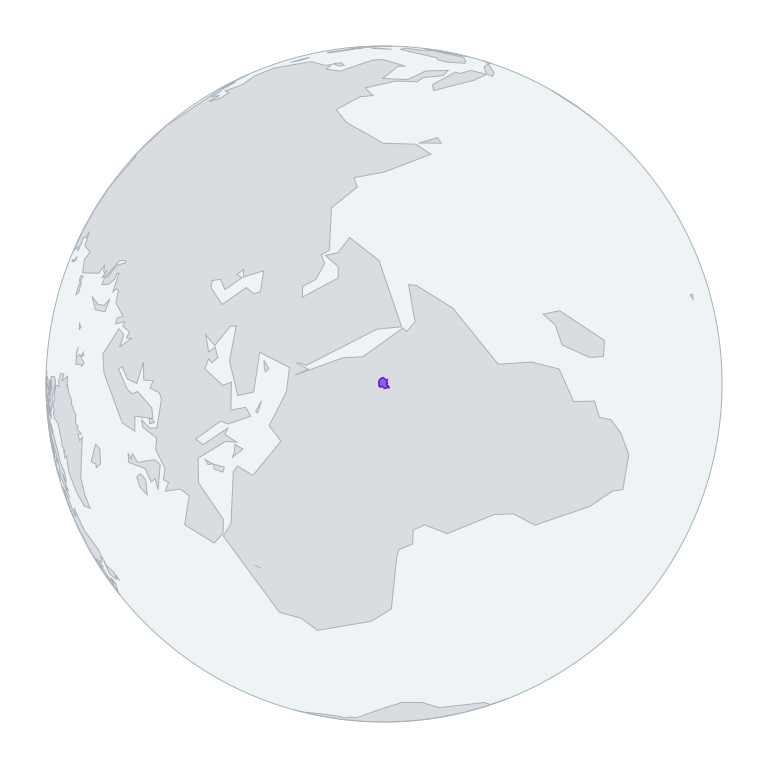 globe centered on Gezira, rotated 278°
{"feature_id": "SDN-875", "entity_name": "Gezira", "entity_type": "State", "adm_level": 1, "iso_a3": "SDN", "parent_name": "Sudan", "parent_adm1": "", "projection": "orthographic", "projection_center": [33.161, 14.479], "detail": "fine", "context": "on_globe", "style": "filled", "palette": "violet", "viewbox_px": 768, "rotation_deg": 278, "n_neighbors": 0, "source": "natural_earth", "source_scale": "10m", "svg_char_len": 10189}
<svg xmlns="http://www.w3.org/2000/svg" viewBox="0 0 768 768"><g transform="rotate(278 384 384)"><circle cx="384" cy="384" r="338" fill="#eef3f6" stroke="#a8b0b8"/><path d="M290.7,59.2L289.1,59.7L290.7,59.2ZM284.1,61.2L288.1,60.1L295.4,58.0L300.0,56.9L299.6,57.3L289.8,59.9L288.6,60.1L285.5,61.1L280.9,62.4L282.9,62.0L271.2,65.8L282.0,62.8L272.0,66.5L264.4,68.9L266.3,67.6L261.1,69.2L284.1,61.2ZM205.6,97.0L208.6,95.3L221.4,88.0L225.0,86.2L237.7,80.0L234.5,82.5L224.5,88.6L213.8,94.3L209.2,97.5L218.3,94.1L197.4,107.6L181.9,122.7L176.7,126.7L168.2,129.5L170.8,123.5L159.9,131.2L165.6,128.3L152.3,139.9L149.6,143.2L149.6,144.3L154.0,141.0L149.2,145.9L141.8,149.5L146.0,145.0L148.4,143.6L149.5,141.4L144.4,145.8L138.0,152.3L158.9,132.0L181.5,113.5L205.6,97.0ZM48.9,340.5L47.9,349.5L48.6,368.1L48.7,384.2L48.0,391.8L49.6,397.4L49.7,403.2L61.0,424.9L71.2,446.1L73.9,466.0L71.2,483.6L82.5,527.7L81.4,533.9L89.7,550.1L78.6,528.7L69.1,506.5L61.1,483.7L54.8,460.4L50.2,436.7L47.3,412.8L46.1,388.6L46.6,364.5L48.9,340.5ZM238.6,79.2L238.1,79.6L236.0,80.5L238.6,79.2ZM244.6,76.4L242.4,77.2L244.9,76.1L246.2,75.6L244.6,76.4ZM246.6,75.8L249.7,74.0L254.1,72.0L262.6,68.9L246.6,75.8ZM297.9,57.3L290.1,59.4L297.0,57.5L297.9,57.3ZM333.2,49.9L324.5,51.4L318.0,52.6L333.2,49.9ZM317.7,52.6L322.2,51.9L301.2,56.4L302.1,56.1L317.7,52.6ZM302.4,56.4L304.3,55.7L314.3,53.6L312.2,54.5L309.6,54.8L302.4,56.4ZM344.2,48.4L334.0,49.8L334.4,49.7L344.2,48.4ZM307.2,55.5L310.9,55.2L305.8,56.7L301.2,56.9L307.2,55.5ZM317.7,52.7L322.3,51.9L319.1,52.6L317.7,52.7ZM289.9,63.1L292.0,61.7L297.3,60.3L289.9,63.1ZM312.6,55.0L314.3,54.5L316.7,54.0L318.0,54.1L312.6,55.0ZM335.5,49.7L334.3,50.0L342.0,48.8L342.8,49.0L332.1,50.5L337.0,50.0L337.3,50.1L328.3,51.3L335.5,49.7ZM326.4,52.9L313.1,55.8L308.0,58.4L303.1,59.5L312.1,55.3L326.4,52.9ZM328.3,51.8L326.0,52.7L321.1,53.3L319.6,53.1L328.3,51.8ZM347.2,48.8L348.8,48.1L351.0,47.8L347.2,48.8ZM325.9,53.5L329.1,52.8L326.1,53.5L325.9,53.5ZM341.7,49.9L342.0,49.6L344.6,49.3L341.7,49.9ZM335.4,52.1L331.1,52.9L329.9,52.6L335.4,52.1ZM339.1,51.0L342.6,50.7L332.1,52.0L338.8,50.8L339.1,51.0ZM344.1,49.7L345.7,49.5L343.6,50.0L344.1,49.7ZM342.2,53.1L329.3,54.9L326.8,54.1L339.7,52.4L342.2,53.1ZM539.6,84.1L548.3,89.3L574.9,106.8L573.3,104.4L580.6,109.2L609.4,132.3L643.0,169.8L653.0,180.7L659.0,188.8L662.4,195.2L653.7,183.2L649.8,180.3L644.4,173.2L646.8,181.0L639.1,171.3L644.8,183.0L651.5,190.0L652.2,186.0L660.4,201.6L671.5,213.7L681.6,231.2L693.1,267.2L691.3,281.5L693.1,287.7L687.7,282.8L687.7,297.0L703.2,327.7L705.2,337.8L701.8,360.9L700.4,353.5L686.4,340.3L688.8,365.3L699.7,381.5L703.6,404.0L697.5,399.5L692.9,380.1L687.9,374.8L685.6,353.3L674.6,324.2L668.1,332.9L665.2,320.4L649.0,298.4L637.8,310.5L622.3,349.6L625.9,382.2L618.1,398.5L594.4,355.7L584.1,325.6L575.4,330.2L551.2,307.4L508.9,311.3L503.1,303.8L495.1,308.4L478.1,302.0L469.2,289.6L458.8,291.3L482.6,323.9L493.8,322.4L503.2,308.1L507.8,320.2L524.2,329.7L505.5,361.9L443.1,393.5L437.3,369.4L391.7,304.6L393.2,297.2L393.0,296.4L392.5,294.9L388.0,307.0L380.2,294.4L404.2,339.6L408.1,359.4L442.2,395.0L438.9,399.0L450.0,406.1L485.9,394.5L486.0,402.6L468.8,441.5L419.4,494.4L426.3,527.4L423.2,555.3L393.0,574.2L396.4,594.8L380.9,602.1L380.4,613.5L368.3,625.4L348.0,636.2L312.6,635.2L309.8,625.2L291.3,604.6L265.2,553.2L273.5,530.1L270.1,511.3L244.6,467.3L250.2,443.9L243.5,433.3L229.6,434.6L222.0,421.8L213.7,420.7L162.3,422.6L147.3,404.4L130.8,352.5L140.5,334.7L143.3,312.3L211.1,246.0L224.3,251.9L276.2,247.0L282.5,250.2L275.1,266.8L313.0,289.9L326.8,276.1L362.5,288.4L387.1,288.1L398.2,256.4L357.9,256.1L352.2,240.8L385.5,227.8L420.9,229.6L419.8,223.8L398.6,211.0L407.8,200.7L391.3,205.9L397.2,211.7L387.0,215.6L381.1,210.7L384.6,206.9L374.2,204.4L360.2,224.6L364.7,232.6L336.8,236.0L341.6,250.2L333.6,256.6L322.7,235.2L324.6,227.6L303.3,205.1L298.7,213.2L318.6,235.4L311.9,233.5L305.9,246.3L305.1,235.1L284.7,210.3L260.4,214.0L227.4,243.9L213.6,245.4L202.9,237.9L216.9,206.2L246.2,206.7L251.6,197.0L247.4,182.4L256.6,184.3L258.5,178.8L269.8,178.9L287.3,167.0L299.0,166.4L307.6,151.0L314.7,149.0L307.6,158.4L308.9,165.2L338.1,165.7L344.2,162.6L347.5,152.9L355.1,154.9L354.5,145.6L372.1,142.7L350.1,139.1L353.3,129.3L364.8,122.4L361.9,119.0L343.1,130.4L339.2,135.8L342.2,141.2L328.0,157.4L317.6,159.9L317.5,141.7L302.7,143.8L309.0,130.2L355.8,105.2L374.5,101.4L401.8,113.9L396.5,119.3L384.1,117.2L394.0,127.5L393.9,122.6L400.3,124.8L404.9,117.3L409.7,118.6L406.1,109.8L412.4,110.6L414.5,116.2L426.8,107.4L440.3,108.0L440.8,105.5L437.5,102.7L456.9,106.2L456.5,104.3L449.9,102.3L444.7,97.5L443.0,90.8L449.8,92.3L451.3,94.9L464.8,103.4L467.8,111.1L470.4,111.1L469.4,105.0L453.0,94.4L450.1,90.1L458.7,94.3L455.4,92.4L456.0,90.7L463.1,90.9L454.0,86.2L452.2,70.1L465.6,70.0L473.5,74.7L479.4,68.6L494.1,71.1L488.0,69.0L486.8,66.0L482.1,65.1L479.1,64.0L473.8,58.7L477.8,59.5L472.9,58.0L495.7,65.1L518.0,73.8L539.6,84.1ZM186.6,281.3L184.4,287.8L186.6,281.3ZM458.0,248.8L479.4,249.1L470.4,230.0L477.9,228.9L472.0,223.2L469.6,228.7L455.4,213.3L464.9,207.5L462.6,199.6L455.3,199.3L440.2,212.7L460.4,234.2L455.2,242.3L458.0,248.8ZM152.8,139.7L153.3,139.6L152.1,141.6L150.4,142.6L152.8,139.7ZM160.5,141.9L152.6,149.9L157.0,144.4L153.1,146.6L157.7,138.7L174.3,128.4L165.9,134.1L160.5,141.9ZM168.4,126.6L163.6,131.9L168.2,126.5L168.4,126.6ZM257.9,152.2L261.1,155.6L255.9,161.4L241.2,164.9L248.5,156.2L257.9,152.2ZM266.9,159.5L270.9,142.1L280.2,140.1L274.3,144.0L280.1,144.4L272.1,150.9L277.2,167.2L272.9,173.6L247.9,174.9L258.4,170.5L254.7,167.0L266.9,159.5ZM264.5,109.9L266.3,104.8L284.2,106.8L280.4,111.5L265.5,114.5L261.1,110.8L264.5,109.9ZM261.0,71.6L260.5,71.3L263.2,70.3L265.8,69.8L261.0,71.6ZM290.4,62.6L265.8,72.9L264.0,72.8L251.7,80.2L242.3,83.1L250.6,77.9L234.1,86.3L237.8,82.8L227.1,88.9L246.5,77.1L249.2,75.1L249.8,76.0L258.4,73.3L263.0,71.5L277.8,65.4L287.8,60.8L297.9,58.2L302.4,57.7L301.6,58.4L295.2,59.6L298.6,59.7L288.9,62.2L290.4,62.6ZM349.4,65.7L342.4,64.7L347.6,69.6L337.8,70.2L339.0,70.8L331.4,73.0L324.3,77.0L320.1,76.9L319.2,78.6L314.1,80.5L311.4,82.9L302.8,83.9L298.8,87.2L297.1,85.9L292.4,91.3L292.0,87.8L285.5,90.6L289.3,92.6L249.8,96.6L233.5,102.7L220.2,110.2L221.3,104.4L234.5,94.3L253.2,84.0L268.7,79.7L266.3,78.4L273.1,76.2L272.1,78.1L277.7,73.9L282.9,72.7L299.5,66.6L304.3,62.3L310.5,60.4L311.3,61.5L316.9,59.0L322.6,60.0L327.1,58.9L337.3,59.3L336.1,62.9L341.3,61.4L349.3,62.3L349.4,65.7ZM344.9,53.3L345.7,56.3L340.8,58.6L325.2,57.1L320.3,58.0L310.1,58.2L317.4,55.2L319.7,55.3L323.6,54.8L319.7,55.9L325.7,54.7L329.0,55.1L334.5,54.4L333.3,55.4L344.9,53.3ZM290.5,244.2L295.5,245.2L303.6,244.8L299.9,253.3L290.5,244.2ZM276.1,227.4L280.8,226.5L279.6,237.4L274.4,236.8L276.1,227.4ZM284.4,217.4L281.1,225.7L279.8,220.8L284.4,217.4ZM312.0,157.4L317.1,156.4L317.2,158.7L314.0,162.1L312.0,157.4ZM362.7,84.0L359.5,82.1L361.2,81.3L360.6,76.1L367.7,75.8L371.0,78.7L362.7,84.0ZM390.8,261.8L383.1,267.9L379.6,265.0L383.0,263.4L390.8,261.8ZM338.9,260.7L350.3,265.0L337.8,263.0L338.9,260.7ZM370.4,82.7L369.3,80.5L373.6,81.7L370.4,82.7ZM373.0,75.3L378.1,76.2L368.5,75.1L373.0,75.3ZM514.6,674.8L515.9,677.1L511.0,678.2L514.6,674.8ZM481.0,547.8L457.8,596.3L441.8,597.4L438.9,584.0L447.5,554.9L466.1,545.6L475.3,531.7L481.0,547.8ZM716.3,445.6L716.3,444.4L716.5,444.1L716.3,445.6ZM716.4,441.0L717.2,439.4L715.6,444.7L716.4,441.0ZM717.7,437.1L717.4,438.8L717.8,436.5L717.7,437.1ZM715.5,442.5L707.6,449.7L703.5,448.7L705.3,442.3L711.9,438.9L715.5,442.5ZM704.9,442.4L697.5,431.3L681.4,392.1L687.3,390.5L702.9,411.4L702.1,416.6L706.6,426.2L704.9,442.4ZM719.6,402.2L718.6,417.2L715.0,420.1L712.9,419.6L711.6,402.4L712.4,392.3L714.4,391.0L717.6,353.3L719.6,359.0L719.6,374.1L721.0,385.0L719.6,402.2ZM627.5,385.0L635.4,402.7L630.5,407.1L627.5,385.0ZM715.6,329.1L716.5,345.1L714.6,324.8L715.6,329.1ZM712.5,310.9L714.1,317.6L712.2,311.9L712.5,310.9ZM696.1,297.0L694.2,300.2L692.6,295.5L694.0,288.7L696.1,297.0ZM689.4,246.4L695.3,260.0L697.1,264.9L693.3,257.4L689.4,246.4ZM430.1,82.7L423.1,89.7L422.8,95.9L430.0,100.6L416.8,97.6L417.3,87.9L430.1,82.7ZM448.7,71.2L442.3,68.1L447.0,68.2L449.1,68.9L448.7,71.2ZM443.5,70.2L432.1,69.0L429.7,66.5L439.2,67.9L443.5,70.2ZM401.2,74.1L398.6,76.0L395.2,74.7L401.2,74.1ZM674.6,556.5L683.0,541.0L683.3,540.7L692.0,521.9L697.8,509.5L687.1,533.4L674.6,556.5ZM721.9,389.5L721.6,397.3L721.3,403.9L720.8,411.3L721.3,402.2L720.0,419.5L719.7,420.2L720.5,406.5L721.3,388.0L721.6,379.9L721.8,375.6L721.9,377.9L721.5,387.0L721.6,395.3L721.9,388.5L721.9,389.5ZM719.7,345.5L718.8,338.8L719.2,344.9L716.8,325.3L717.1,327.3L719.7,345.5ZM716.5,324.4L717.0,329.9L715.4,318.9L716.5,324.4ZM716.3,326.4L714.6,318.4L715.0,318.4L716.3,326.4ZM716.5,324.0L713.6,310.0L715.3,317.5L716.5,324.0ZM710.1,301.0L713.8,311.7L711.8,309.3L704.2,283.6L704.5,281.6L710.1,301.0ZM662.0,191.8L659.9,188.9L659.6,188.4L662.0,191.8ZM658.8,187.3L661.9,192.0L663.6,194.2L671.1,205.9L664.8,196.7L655.6,183.0L654.5,181.4L658.8,187.3ZM585.5,112.7L575.5,105.6L569.6,101.7L575.0,105.2L585.5,112.7ZM476.6,63.5L472.9,62.1L475.5,62.2L476.6,63.5ZM463.9,58.5L463.6,59.3L461.1,57.8L463.9,58.5ZM463.5,61.5L462.2,59.3L467.5,62.4L463.5,61.5Z" fill="#d9dde1" stroke="#a8b0b8" stroke-width="1"/><path d="M383.7,379.1L383.8,379.0L383.9,378.9L384.1,378.7L384.3,378.6L384.6,378.6L384.8,378.6L386.2,378.4L386.7,378.9L386.9,379.1L388.0,379.4L388.9,379.9L388.9,380.0L389.3,380.8L390.2,382.0L390.2,382.3L388.4,385.6L388.3,385.9L388.3,386.0L388.5,386.3L388.7,386.7L388.3,386.6L388.1,386.5L387.6,386.6L387.4,386.5L387.0,386.3L386.9,386.2L386.7,386.3L386.4,386.4L386.0,386.7L385.5,387.2L385.4,387.3L385.2,387.3L385.1,387.2L384.6,386.7L384.4,386.5L384.2,386.5L383.9,386.6L383.7,386.7L383.5,386.9L383.4,387.1L383.3,387.3L383.0,388.2L382.9,388.3L382.7,388.3L382.4,388.0L382.2,388.1L382.1,388.3L381.9,388.9L381.4,389.5L381.1,389.6L381.0,389.3L381.0,388.3L381.0,388.1L381.0,387.9L380.7,387.3L380.2,386.5L380.0,386.0L379.8,385.5L379.8,385.4L379.8,385.1L380.1,384.4L380.5,383.7L380.8,383.4L381.0,383.2L381.2,382.8L381.2,382.6L381.2,381.7L381.1,381.4L380.6,381.1L380.4,380.9L380.5,380.7L380.9,380.7L381.0,380.6L381.1,380.3L381.0,380.2L380.9,379.8L380.9,379.7L381.0,379.6L382.3,379.1L383.3,379.0L383.6,379.1L383.7,379.1Z" fill="#8b5cf6" stroke="#5b21b6" stroke-width="1.5"/></g></svg>